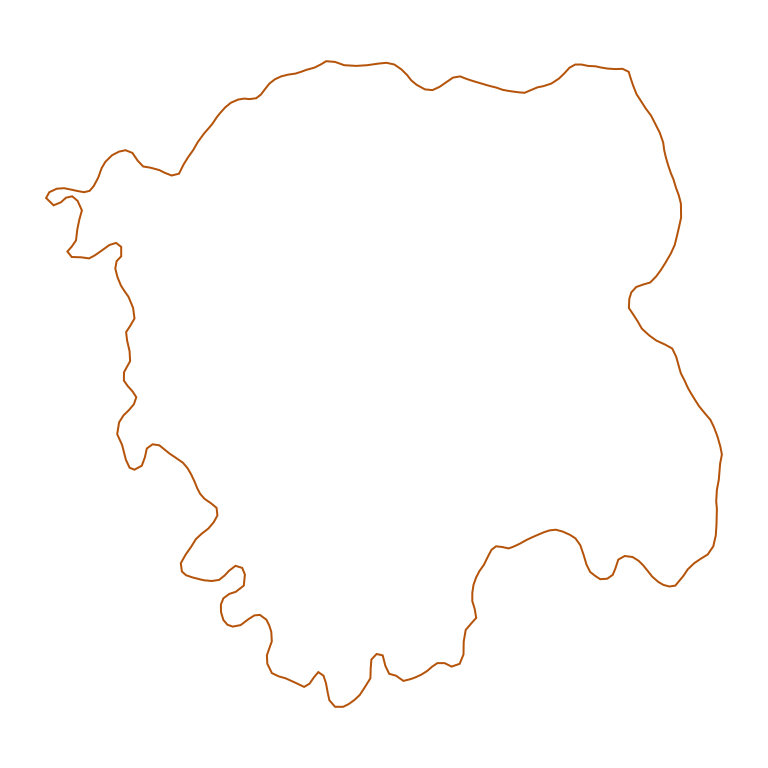 Indianópolis, Minas Gerais, Brazil
{"feature_id": "56859067B71925312752547", "entity_name": "Indianópolis", "entity_type": "district", "adm_level": 2, "iso_a3": "BRA", "parent_name": "Brazil", "parent_adm1": "Minas Gerais", "projection": "equal_earth", "projection_center": [-47.866, -18.967], "detail": "fine", "context": "isolated", "style": "outline", "palette": "amber", "viewbox_px": 768, "rotation_deg": 0, "n_neighbors": 0, "source": "geoboundaries", "source_scale": "gbopen_adm2", "svg_char_len": 4226}
<svg xmlns="http://www.w3.org/2000/svg" viewBox="0 0 768 768"><path d="M46.1,198.0L53.6,205.3L60.9,202.3L66.0,197.7L72.2,196.3L77.6,200.9L81.9,210.4L79.3,219.7L77.3,229.4L76.0,240.4L71.9,246.4L67.4,251.5L71.7,257.0L81.2,257.3L89.1,258.4L94.6,255.5L100.8,251.2L109.4,245.0L116.1,242.9L121.2,246.9L121.2,256.3L116.6,261.2L115.3,268.6L117.5,277.2L120.9,285.5L124.4,291.0L128.5,296.8L133.1,307.9L134.5,318.5L130.2,325.9L126.1,332.1L127.1,340.5L129.6,351.4L130.1,361.2L126.9,366.9L124.0,372.3L123.9,380.6L127.7,386.0L132.6,391.5L136.3,397.2L133.9,404.2L128.8,410.2L123.5,415.4L119.1,422.3L117.2,434.2L122.1,445.0L125.9,459.8L129.6,467.7L134.4,469.7L141.8,465.7L144.9,457.3L146.8,448.5L152.6,444.3L159.3,445.3L164.4,449.4L169.8,453.8L175.1,457.3L183.0,462.8L187.5,468.1L191.1,474.3L194.5,481.5L197.3,488.4L200.2,493.9L204.5,498.8L210.9,503.2L216.6,507.9L217.4,515.5L213.8,522.1L208.3,528.6L201.8,533.6L195.9,539.1L191.0,547.0L185.9,554.2L180.8,563.2L181.9,571.5L186.0,575.2L192.1,577.3L199.4,579.2L204.2,580.3L211.8,581.0L219.1,579.9L224.5,575.6L229.0,570.8L235.5,565.8L242.2,567.9L244.9,574.5L243.8,585.6L235.8,591.8L229.3,593.9L223.4,598.3L220.9,604.5L221.0,612.1L223.4,620.0L227.4,624.7L232.7,626.6L240.6,625.1L248.7,619.0L254.4,615.4L259.9,614.9L266.4,619.7L269.4,625.8L271.3,632.0L271.8,641.4L269.1,648.9L266.9,655.4L267.3,663.7L271.9,673.1L278.8,676.4L285.6,678.3L296.6,683.3L304.1,686.9L309.5,683.7L313.8,677.5L318.3,672.1L323.5,675.7L326.0,683.3L327.8,693.1L329.4,700.3L335.1,706.8L343.2,706.8L348.5,704.2L354.4,700.0L359.8,694.9L364.4,687.9L370.4,678.3L370.7,668.2L371.4,659.5L376.6,654.0L382.7,655.4L385.4,665.9L389.2,673.8L396.0,675.7L403.4,680.9L411.0,679.0L415.8,677.2L421.2,674.7L427.1,671.0L432.2,666.6L437.4,663.1L444.6,663.1L451.6,666.6L459.7,663.8L463.5,654.4L463.7,641.7L465.7,629.9L471.8,622.8L476.2,617.9L474.7,608.9L472.3,601.1L472.3,593.0L473.5,584.9L476.1,577.5L479.3,571.3L484.0,564.6L487.7,557.0L491.5,549.8L496.1,546.3L502.2,547.0L508.7,548.4L513.6,546.6L519.0,544.1L526.8,539.8L533.7,536.6L539.5,534.1L544.3,532.1L549.6,530.4L555.8,529.7L562.5,531.5L569.9,534.8L575.4,538.3L580.3,545.2L583.6,554.9L586.5,564.6L590.2,572.0L595.2,575.9L600.2,579.2L607.2,578.7L612.7,574.9L615.3,568.7L618.3,559.6L624.7,556.0L632.5,557.0L638.5,560.7L643.0,565.1L647.3,570.4L652.2,576.6L658.4,582.0L663.4,584.9L669.4,586.5L675.3,585.6L679.4,580.7L683.4,575.9L687.7,569.4L694.2,563.2L701.0,558.6L707.7,554.5L713.3,546.3L715.8,535.3L716.5,524.2L716.9,509.0L716.2,501.4L716.9,489.8L718.8,479.7L720.1,463.8L721.9,454.5L720.3,446.4L717.4,436.3L714.0,427.3L710.4,419.8L704.5,412.9L698.9,406.0L694.8,399.5L690.8,393.0L687.7,387.5L684.6,380.6L680.8,373.2L678.9,366.5L676.2,356.8L672.2,348.5L664.9,344.5L656.4,340.6L649.3,335.5L641.8,328.6L637.7,321.4L633.9,315.5L628.9,308.0L629.3,298.9L631.3,292.4L636.2,287.0L643.6,284.4L650.2,282.5L656.1,276.5L660.6,270.4L665.5,262.7L670.9,253.4L674.7,245.0L676.3,238.6L678.5,229.4L681.1,217.6L680.9,203.5L678.8,195.4L676.0,187.8L673.5,179.5L670.9,173.3L668.2,165.4L665.8,157.1L664.2,150.2L663.2,142.6L659.8,132.8L655.8,124.9L651.0,115.5L645.6,108.3L641.0,101.1L636.5,94.1L633.0,85.2L630.9,79.0L628.7,71.8L622.5,68.8L615.8,69.1L607.7,68.6L600.4,67.4L595.6,66.3L588.0,65.9L581.3,64.5L575.3,64.5L569.5,67.7L564.2,73.5L558.9,78.6L551.3,83.6L543.2,86.2L537.6,87.3L530.9,90.1L524.6,92.8L519.6,92.4L514.1,91.7L509.0,91.0L502.6,89.8L496.4,87.6L489.1,85.8L481.0,83.4L473.2,81.1L466.8,79.0L460.1,76.4L453.0,77.6L446.3,82.2L439.5,86.9L432.5,90.1L425.0,89.4L416.6,84.8L411.3,80.4L407.0,74.9L401.3,69.3L394.3,64.5L386.5,62.8L379.2,63.5L374.1,64.2L367.3,65.2L356.3,65.9L344.2,65.2L335.0,61.9L326.2,61.2L320.7,64.5L314.3,67.7L306.5,69.8L301.1,71.8L295.4,73.6L288.2,74.6L281.1,76.4L274.9,79.3L269.4,83.6L264.8,89.4L261.0,94.5L256.2,98.2L249.7,99.1L244.0,98.6L238.0,99.6L230.8,102.8L225.4,107.2L220.6,112.5L217.0,116.9L212.2,124.1L203.9,133.7L197.9,141.9L193.1,150.2L187.7,157.8L183.3,165.0L179.0,173.7L171.6,175.5L164.3,172.6L159.4,170.1L150.6,167.7L143.2,166.5L137.7,160.7L132.4,152.9L125.5,150.2L119.1,151.6L112.1,155.2L105.3,161.9L101.6,168.2L98.2,177.7L93.7,186.1L89.7,190.8L84.1,192.2L78.4,191.2L71.1,189.6L64.1,188.2L56.8,188.7L49.3,192.2L46.1,198.0Z" fill="none" stroke="#b45309" stroke-width="2"/></svg>